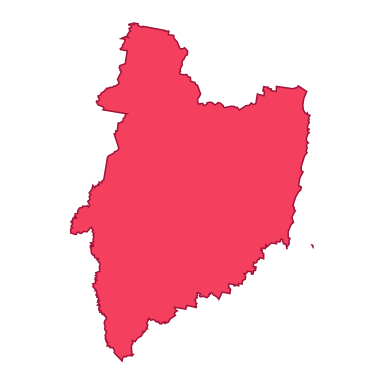 outline of Clarence Valley, New South Wales, Australia
{"feature_id": "25037944B11916296746250", "entity_name": "Clarence Valley", "entity_type": "district", "adm_level": 2, "iso_a3": "AUS", "parent_name": "Australia", "parent_adm1": "New South Wales", "projection": "robinson", "projection_center": [152.635, -29.694], "detail": "fine", "context": "isolated", "style": "filled", "palette": "rose", "viewbox_px": 384, "rotation_deg": 0, "n_neighbors": 0, "source": "geoboundaries", "source_scale": "gbopen_adm2", "svg_char_len": 5917}
<svg xmlns="http://www.w3.org/2000/svg" viewBox="0 0 384 384"><path d="M122.1,361.0L122.6,358.0L124.1,356.6L126.3,356.8L127.2,355.8L129.5,355.5L132.1,355.9L133.3,354.4L131.9,354.2L131.4,346.4L131.8,344.3L132.8,343.8L132.5,340.8L135.0,341.8L137.6,338.0L141.5,335.9L142.1,333.5L142.9,333.5L142.9,331.5L143.9,332.2L145.0,331.5L146.3,328.9L147.2,328.8L146.3,328.0L147.3,327.1L147.7,324.4L146.5,323.4L148.1,320.5L147.8,319.5L149.2,319.1L148.4,317.8L150.9,320.3L153.4,319.4L156.7,322.1L158.3,321.4L159.3,323.5L161.4,323.9L163.7,321.9L164.3,322.1L163.8,322.8L165.3,323.5L165.8,322.1L167.0,322.8L168.6,322.0L170.1,319.0L175.4,315.4L174.5,314.2L174.7,312.5L177.3,310.9L175.2,309.5L174.5,307.3L185.9,309.1L185.8,307.3L186.7,306.8L186.8,305.4L196.3,307.5L196.4,306.6L195.4,305.9L196.8,303.5L195.6,303.0L195.7,301.1L194.8,299.6L197.3,297.6L196.6,296.7L197.3,295.6L197.2,292.6L200.5,293.8L199.4,295.7L199.9,296.5L201.4,297.0L202.5,296.0L206.9,297.7L208.9,295.9L208.8,294.5L210.1,294.3L209.9,293.3L212.0,292.8L213.0,294.6L216.8,296.8L218.9,299.3L222.2,292.1L229.9,293.6L230.6,289.4L229.6,287.9L228.5,287.7L229.1,283.6L234.1,284.7L234.0,285.7L234.9,285.9L235.0,285.1L238.7,285.8L238.6,283.6L242.8,284.1L242.1,283.6L242.5,280.6L245.3,279.2L245.7,276.6L244.0,273.6L246.0,273.9L247.7,271.3L251.7,271.9L251.4,274.0L253.0,274.2L253.7,270.7L255.5,270.4L256.0,267.3L255.0,267.8L255.1,266.8L253.2,266.5L253.8,262.3L255.2,263.0L256.8,262.4L257.2,260.1L259.1,259.5L259.4,257.7L263.7,258.7L263.7,253.5L262.1,252.7L262.4,250.0L260.6,249.8L261.7,248.0L265.3,248.6L265.9,244.9L267.0,246.9L271.3,242.9L276.5,243.8L276.4,241.8L280.0,241.9L280.7,239.4L281.7,239.3L282.4,239.3L282.5,241.5L283.6,242.6L283.4,243.8L286.0,244.3L287.0,249.3L286.9,247.1L289.2,243.9L289.0,240.8L290.0,238.4L289.0,238.2L288.2,236.6L288.2,231.7L291.1,224.5L293.5,222.5L292.1,217.9L292.2,216.2L295.4,210.7L294.1,209.7L294.2,207.4L293.1,206.4L293.6,203.2L295.7,196.9L298.5,191.9L300.6,190.1L301.4,187.4L300.7,186.4L299.4,186.7L298.7,184.3L300.0,177.6L303.1,171.9L301.5,171.1L301.1,166.9L304.5,156.0L307.1,152.6L306.1,151.5L307.2,147.7L306.3,145.7L307.4,143.3L308.4,142.9L306.7,141.3L306.3,138.8L307.8,133.9L309.2,132.7L307.6,131.6L307.4,130.4L308.9,130.0L309.2,129.2L307.3,128.4L308.0,124.4L309.4,122.5L308.3,120.9L309.2,119.8L308.6,117.9L310.0,115.3L308.1,114.9L307.2,112.9L306.6,113.9L304.9,112.9L303.3,109.7L302.8,104.8L303.9,98.0L306.7,91.5L298.3,85.9L296.8,87.6L292.5,88.7L276.4,86.4L276.3,91.5L271.1,90.6L271.4,89.0L268.2,88.4L268.4,87.4L263.7,86.6L262.9,91.0L264.4,91.3L264.0,95.8L257.4,94.0L255.9,103.2L255.3,104.0L252.7,104.3L251.4,102.9L249.0,105.4L245.9,105.7L239.4,110.0L237.3,107.3L235.3,107.5L234.3,106.5L231.3,106.2L224.9,107.6L223.3,107.0L223.3,105.8L220.7,103.4L218.3,102.5L215.0,105.0L212.0,102.5L209.9,102.2L207.1,102.8L207.1,103.7L205.2,105.4L203.9,105.2L202.6,103.4L198.2,104.0L197.5,99.9L200.6,94.0L197.4,85.1L195.6,84.5L195.0,82.5L190.6,81.2L190.5,77.4L188.4,76.9L186.7,74.4L183.4,74.8L180.2,74.0L179.5,72.5L180.6,71.3L180.0,70.5L180.8,67.5L182.3,65.1L182.0,62.1L182.9,60.0L183.8,59.5L185.5,55.8L187.4,54.8L187.6,51.1L186.4,49.6L184.5,47.7L182.7,48.9L180.0,48.6L177.2,41.9L173.9,38.2L173.8,35.4L168.3,34.7L168.9,31.1L165.3,31.2L165.2,30.5L142.8,26.3L142.2,27.3L137.9,25.5L138.1,23.8L133.6,23.0L134.0,24.7L131.6,23.6L128.8,24.4L129.2,25.2L130.9,25.4L131.5,27.8L129.1,28.2L129.3,29.7L130.6,31.2L129.3,31.8L127.4,34.8L127.1,35.8L128.3,37.4L125.6,36.6L121.1,38.6L125.1,39.3L124.5,42.5L122.5,45.1L122.6,46.8L120.2,48.9L120.6,49.6L127.3,50.8L125.2,63.7L119.9,65.6L119.2,67.6L120.2,69.4L119.9,70.2L121.4,71.6L117.5,79.3L119.2,83.4L115.2,86.3L114.0,86.0L112.6,87.3L109.6,87.4L108.0,88.5L106.9,88.1L104.0,91.5L101.2,93.0L100.8,94.8L97.9,96.1L99.5,99.7L98.4,101.1L96.6,101.0L96.3,101.7L98.1,104.9L102.8,106.7L103.8,107.9L103.9,108.9L102.9,109.8L126.8,113.8L125.7,114.3L124.5,117.7L123.3,118.3L122.8,121.6L121.6,121.7L120.4,122.9L118.2,123.0L117.3,131.0L115.9,130.7L115.4,134.1L114.2,133.9L118.9,148.3L117.5,150.6L114.5,151.8L113.9,153.1L108.5,155.9L107.5,157.3L103.8,179.5L102.0,181.1L101.8,182.9L99.2,182.0L99.0,185.0L97.8,184.4L97.5,185.7L95.5,186.1L94.6,187.8L92.9,185.3L92.0,189.1L89.1,193.0L90.9,194.9L89.2,196.2L89.9,199.7L87.8,201.3L89.7,205.1L88.6,206.9L87.6,205.6L86.3,206.4L82.8,206.1L82.2,207.5L79.6,207.9L78.0,210.1L77.5,213.5L75.1,213.9L75.0,215.8L75.8,216.7L74.5,216.5L74.3,217.2L75.6,218.2L73.0,218.2L72.3,220.5L71.1,221.7L72.2,221.8L71.9,222.8L72.6,222.9L72.1,225.0L71.0,226.1L72.5,227.7L71.6,227.7L70.7,229.1L70.7,232.9L75.4,234.5L76.5,234.3L77.0,232.6L78.5,232.0L79.7,233.3L81.3,233.4L83.7,231.5L87.1,231.8L90.5,227.6L91.5,227.4L92.0,229.1L93.2,229.8L92.1,231.7L94.3,233.7L93.0,234.9L93.8,236.7L93.0,240.0L93.9,241.8L90.6,242.9L92.5,244.1L90.4,245.4L90.4,246.6L92.5,244.9L93.5,245.8L90.7,247.5L91.3,252.0L91.8,254.0L93.2,255.2L94.2,254.9L94.7,257.5L98.3,258.7L96.9,259.8L98.3,260.3L98.4,261.9L100.0,263.4L100.1,264.6L99.3,266.6L99.8,271.2L95.7,272.8L96.6,274.0L95.4,275.4L96.8,276.5L95.1,278.0L96.7,279.9L95.3,279.9L95.9,280.7L95.2,281.3L95.6,283.2L92.8,283.8L93.7,285.3L92.7,286.4L95.3,289.4L95.3,290.5L95.9,289.8L96.4,290.6L97.2,294.0L96.1,294.2L96.2,295.5L97.8,296.0L96.4,297.6L97.5,297.0L98.7,297.8L97.8,300.9L98.6,300.1L100.1,301.0L98.6,300.8L98.1,302.3L99.0,303.8L97.4,305.1L98.7,305.5L99.4,304.7L100.2,305.7L99.3,306.2L99.7,307.0L99.0,307.6L99.4,308.1L98.7,308.9L98.9,310.1L99.9,310.3L99.9,312.0L100.6,311.5L100.5,312.3L101.7,312.3L101.9,313.9L102.7,313.7L103.1,314.7L104.2,314.2L104.5,315.8L105.7,316.2L105.5,316.8L106.8,318.1L104.7,320.9L104.2,323.5L105.2,326.0L104.6,329.1L105.6,330.9L106.6,331.3L105.1,335.8L105.6,336.7L105.3,338.9L106.1,339.3L105.8,340.7L106.9,341.1L106.6,342.5L107.7,342.6L107.1,346.1L109.8,345.9L109.6,347.5L113.0,347.8L114.6,350.7L114.1,352.6L122.1,361.0ZM312.1,245.3L312.8,246.5L312.8,245.6L312.1,245.3ZM312.8,246.6L313.3,247.6L312.9,246.3L312.8,246.6Z" fill="#f43f5e" stroke="#9f1239" stroke-width="1.5"/></svg>